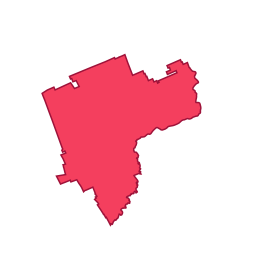 outline of Xicoténcatl, Tamaulipas, Mexico, rotated 239°
{"feature_id": "50627088B55744445073678", "entity_name": "Xicoténcatl", "entity_type": "district", "adm_level": 2, "iso_a3": "MEX", "parent_name": "Mexico", "parent_adm1": "Tamaulipas", "projection": "natural_earth1", "projection_center": [-99.006, 22.986], "detail": "fine", "context": "isolated", "style": "filled", "palette": "rose", "viewbox_px": 256, "rotation_deg": 239, "n_neighbors": 0, "source": "geoboundaries", "source_scale": "gbopen_adm2", "svg_char_len": 5584}
<svg xmlns="http://www.w3.org/2000/svg" viewBox="0 0 256 256"><g transform="rotate(239 128 128)"><path d="M147.6,212.0L147.8,211.9L148.4,211.6L153.5,212.6L154.1,208.1L156.7,208.5L156.9,207.7L159.5,208.1L161.4,193.6L158.7,193.2L158.5,194.7L155.8,194.2L156.2,191.1L156.4,189.9L153.6,189.4L152.6,196.9L152.4,198.8L150.1,198.4L152.8,178.3L151.2,178.1L151.2,176.5L153.8,176.9L154.1,174.0L157.5,174.4L157.9,171.5L158.1,169.9L162.5,170.7L162.6,170.1L166.0,170.6L166.2,169.7L169.3,170.2L170.8,159.1L184.1,161.4L192.5,163.1L192.8,160.3L193.2,157.7L193.4,157.0L193.2,156.9L193.3,156.3L193.8,152.5L195.3,152.7L196.5,142.7L198.9,127.8L202.4,104.4L199.6,104.0L199.4,105.2L196.0,104.6L195.3,108.0L188.7,107.5L189.4,102.5L196.3,102.1L196.8,97.9L198.2,85.1L201.2,85.5L202.0,79.2L202.1,78.3L201.9,72.2L198.6,71.6L194.7,71.0L181.2,68.4L174.6,67.2L146.2,61.6L143.6,61.2L143.0,59.8L140.9,59.6L140.8,62.0L138.6,61.8L139.4,56.6L135.2,56.5L129.3,55.8L129.9,53.3L129.0,53.3L128.5,52.9L127.5,52.6L127.3,52.5L127.0,52.5L124.7,51.8L122.9,51.2L120.2,50.5L123.6,41.9L114.7,41.3L114.5,42.6L113.9,46.0L113.0,51.6L111.2,51.3L110.0,57.4L105.7,57.4L102.9,57.6L101.0,57.6L96.2,57.1L96.6,58.7L96.3,60.2L95.4,67.4L89.4,66.4L88.3,66.2L88.3,65.8L85.6,66.2L85.6,64.5L84.4,64.8L84.0,62.6L79.4,63.7L78.0,63.7L77.9,62.2L70.8,62.5L67.0,62.6L66.9,62.5L66.5,62.5L66.4,62.9L62.6,62.7L62.7,63.4L58.2,63.2L53.7,62.9L53.9,63.3L54.7,63.7L54.9,64.0L54.6,64.3L53.6,64.8L53.6,65.1L53.8,65.3L54.2,65.9L55.2,67.2L55.4,67.9L55.8,68.7L56.0,69.2L55.9,69.7L55.4,69.8L55.4,70.3L55.3,70.7L55.7,71.2L56.0,72.0L56.0,72.3L55.9,72.5L56.0,72.9L56.1,73.1L56.4,73.4L56.7,73.9L57.1,74.3L58.0,75.3L58.5,75.9L58.7,76.1L58.5,76.3L58.0,76.7L57.0,76.9L56.8,77.8L56.9,78.1L57.2,78.6L57.9,79.5L58.7,80.0L59.8,80.1L60.7,79.7L61.3,79.7L61.7,79.8L61.9,80.3L62.1,81.8L61.8,82.8L61.5,83.0L61.2,84.0L60.7,84.6L60.6,85.1L61.0,85.4L61.9,85.5L62.3,85.3L62.5,85.2L62.6,85.3L62.8,86.0L63.5,86.5L63.6,87.1L63.5,87.7L63.2,88.4L63.3,88.7L63.7,89.0L63.7,89.5L63.0,90.2L62.7,90.5L62.8,90.8L63.1,90.8L63.4,91.3L64.0,91.8L64.6,91.7L64.9,91.5L65.2,91.5L65.5,91.7L65.4,92.0L65.5,92.1L66.6,92.3L67.8,92.0L68.4,91.7L68.9,91.1L69.2,91.0L69.5,91.3L69.7,91.9L69.6,92.4L69.4,92.7L69.6,93.3L69.4,94.2L69.3,94.6L68.9,94.8L69.1,95.4L69.3,95.7L69.7,95.9L69.7,96.2L69.8,96.3L69.5,96.5L69.4,96.7L69.7,97.2L69.8,97.4L69.8,97.8L69.3,98.2L69.4,98.7L69.2,98.9L68.9,99.0L68.9,99.3L69.6,99.8L70.3,100.8L70.2,101.1L68.8,101.7L68.4,101.4L68.2,101.6L68.4,102.3L68.4,103.0L68.6,103.1L69.4,103.1L70.1,103.1L70.5,102.9L71.9,103.6L72.3,104.1L72.4,105.1L72.6,105.5L73.4,106.0L73.6,106.3L73.6,106.6L74.0,106.8L74.3,106.4L74.6,106.7L74.8,107.2L75.0,107.3L75.6,107.1L75.8,106.7L76.7,106.9L76.9,107.1L77.0,107.3L77.1,107.5L76.6,107.9L76.5,108.1L76.6,108.7L77.0,109.0L78.2,109.2L83.7,108.6L84.2,108.7L83.4,114.2L83.1,114.1L82.8,114.3L82.5,114.9L82.0,115.2L81.9,115.4L82.3,115.4L82.7,115.1L82.7,114.8L82.9,114.4L83.1,114.3L83.3,114.3L83.5,114.3L83.6,114.5L83.6,114.8L83.5,115.5L83.6,116.0L83.9,116.3L84.2,116.2L84.4,116.1L84.6,115.9L84.8,115.7L85.1,115.3L85.4,115.5L85.6,116.0L86.1,116.5L86.3,117.5L86.6,117.8L87.6,117.4L87.9,117.4L88.2,118.0L89.3,118.9L89.9,119.1L90.4,119.1L90.7,119.4L91.2,119.4L91.4,118.8L91.8,118.4L92.1,118.4L92.4,118.4L92.6,118.6L92.5,118.9L92.1,119.4L92.1,119.7L92.6,119.8L93.6,119.2L94.2,119.1L94.8,119.1L95.7,119.8L96.2,120.0L96.4,120.1L97.6,119.8L97.8,120.0L97.7,120.6L97.4,121.0L97.4,121.3L98.6,122.3L98.7,122.6L98.9,122.8L99.2,122.8L99.6,122.9L100.0,122.8L100.8,122.9L101.2,122.9L102.0,122.7L102.7,122.7L103.0,122.5L103.4,122.0L103.7,121.6L104.1,121.1L104.3,121.1L104.6,121.1L104.9,121.2L105.3,121.4L105.8,121.3L106.0,121.4L106.2,121.6L107.4,122.3L107.6,122.7L107.5,123.4L107.5,123.9L108.2,124.4L109.3,126.3L109.6,126.6L110.7,127.7L111.4,128.0L111.6,128.1L112.2,127.8L112.5,127.8L112.8,128.1L112.9,128.4L112.8,129.1L113.2,129.4L113.4,129.7L113.4,130.0L113.2,130.4L113.1,131.3L113.0,131.7L113.1,132.1L113.0,133.5L113.3,133.9L113.5,134.6L112.9,135.6L112.5,136.5L112.1,137.5L112.1,138.0L112.1,138.5L112.6,141.0L112.6,141.6L112.4,142.3L111.4,143.5L111.4,144.6L111.6,145.2L112.2,146.5L112.9,148.3L113.5,151.0L113.7,152.5L113.4,153.2L113.1,153.5L111.7,154.3L110.7,154.9L110.1,155.0L109.3,155.5L108.6,156.4L108.0,159.1L108.0,161.1L108.5,163.1L108.4,163.9L106.9,167.8L106.5,169.5L106.1,172.3L106.0,174.4L106.6,177.3L106.7,178.1L106.4,179.9L106.0,180.6L105.6,183.5L105.4,183.9L105.2,184.2L104.3,184.9L104.0,185.5L103.7,186.5L103.6,187.4L103.8,189.2L103.1,192.5L102.8,193.0L102.5,193.9L102.8,194.9L103.3,195.6L103.5,196.1L103.5,196.9L103.6,197.6L103.9,198.0L104.6,198.5L105.0,198.5L105.4,198.9L105.8,199.2L106.2,199.4L106.5,199.8L106.9,200.2L107.3,200.5L107.8,200.8L108.4,201.1L108.9,201.3L110.8,201.9L112.1,202.2L112.5,202.2L112.8,202.0L113.2,201.8L113.6,201.4L114.0,200.8L114.2,200.3L114.7,199.7L114.9,199.4L115.1,199.4L115.7,199.7L116.2,200.0L117.4,201.0L118.5,202.1L119.7,203.0L120.5,203.4L121.2,203.9L122.0,204.5L122.3,204.5L122.8,204.5L123.5,204.1L123.8,204.0L124.1,204.0L125.0,204.5L125.7,204.5L126.4,204.2L127.1,203.7L127.6,203.6L128.0,203.7L128.4,204.0L128.8,204.3L129.0,204.5L129.2,204.8L129.3,205.1L129.8,206.1L130.1,206.9L130.4,208.0L130.7,209.1L130.7,209.7L130.6,211.1L130.6,211.6L130.8,211.8L131.1,212.0L131.5,212.1L132.8,212.0L134.1,211.7L136.0,211.0L136.5,211.0L137.6,211.4L138.2,211.8L138.5,212.1L138.7,212.3L138.7,212.7L138.8,213.0L139.4,213.7L139.9,214.4L140.3,214.6L140.8,214.7L141.2,214.7L141.8,214.4L142.1,214.0L142.8,213.3L143.1,212.9L143.3,212.7L143.5,212.5L145.3,212.1L146.8,211.9L147.4,211.9L147.6,212.0Z" fill="#f43f5e" stroke="#9f1239" stroke-width="1.5"/></g></svg>